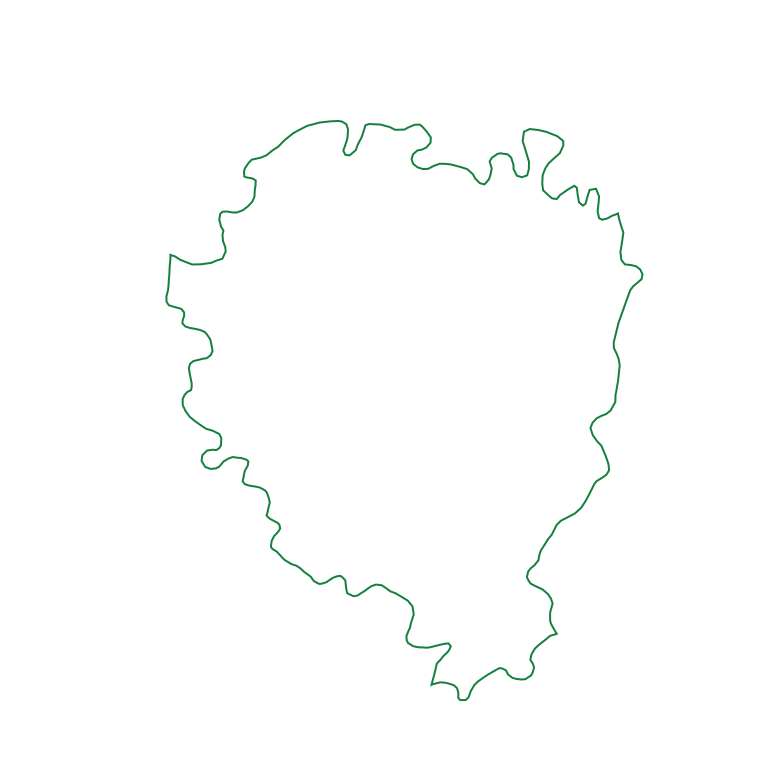 the district of Dzyarzhynsk, Minsk, Belarus, rotated 195°
{"feature_id": "67162791B81421428715601", "entity_name": "Dzyarzhynsk", "entity_type": "district", "adm_level": 2, "iso_a3": "BLR", "parent_name": "Belarus", "parent_adm1": "Minsk", "projection": "albers", "projection_center": [27.165, 53.703], "detail": "fine", "context": "isolated", "style": "outline", "palette": "green", "viewbox_px": 768, "rotation_deg": 195, "n_neighbors": 0, "source": "geoboundaries", "source_scale": "gbopen_adm2", "svg_char_len": 5120}
<svg xmlns="http://www.w3.org/2000/svg" viewBox="0 0 768 768"><g transform="rotate(195 384 384)"><path d="M623.8,453.4L622.8,450.2L622.0,445.3L621.2,440.9L619.6,433.8L618.8,429.0L618.0,425.4L616.9,418.7L616.8,412.1L615.4,407.3L612.3,404.4L607.7,404.2L603.1,404.2L599.3,404.1L595.7,401.5L594.6,398.0L595.0,393.9L594.5,390.5L591.0,388.2L586.1,387.9L580.6,388.4L575.5,388.6L570.4,387.8L567.3,385.6L563.2,381.9L560.4,376.3L558.2,371.7L558.7,367.4L561.8,363.1L565.9,361.3L569.8,359.1L574.1,356.8L576.4,353.4L576.7,349.1L574.1,343.2L572.6,340.2L569.9,334.8L568.9,330.9L568.9,328.1L572.0,325.3L573.8,321.8L574.6,317.1L572.8,311.3L568.8,306.6L563.4,302.2L557.5,299.4L547.8,295.8L544.2,294.7L537.4,294.5L530.2,293.1L527.1,289.5L525.6,282.6L526.4,279.6L528.8,276.8L532.4,276.2L537.7,273.9L541.0,268.3L540.3,262.4L535.2,257.6L529.6,257.1L524.4,259.0L521.7,261.6L519.0,267.5L515.4,271.3L511.3,274.3L506.2,274.9L502.6,275.6L497.3,275.3L495.0,274.1L494.5,269.9L496.0,263.8L495.6,257.6L495.3,253.3L492.3,251.2L486.9,251.0L481.4,251.7L476.8,251.8L471.3,250.4L469.0,248.7L465.6,243.8L463.6,239.9L463.6,236.1L463.3,228.7L463.4,226.5L460.3,224.7L459.0,224.2L451.1,222.4L448.7,221.1L446.9,217.5L447.8,214.2L450.8,208.6L451.9,203.4L451.1,197.5L449.1,195.8L444.4,194.4L439.8,191.6L437.6,190.1L434.4,188.3L426.5,186.0L421.9,185.9L416.8,184.2L412.4,181.8L405.0,179.0L400.8,175.5L395.2,174.1L392.6,174.9L388.3,177.7L386.0,180.5L383.1,183.6L379.8,186.0L376.5,187.4L374.1,186.5L370.6,184.4L369.3,181.1L367.8,177.2L365.4,172.4L358.5,171.1L354.9,172.8L352.1,175.9L348.7,179.5L346.9,181.9L343.9,185.4L339.8,188.2L334.1,189.0L329.0,187.3L324.3,185.4L319.0,184.9L314.1,183.6L304.8,180.8L298.9,176.5L295.6,169.1L295.9,163.9L296.1,159.3L295.8,155.5L296.4,152.3L297.1,146.5L295.8,142.4L293.8,140.1L288.1,138.3L282.5,138.6L277.5,139.8L275.3,140.1L271.7,141.4L267.6,143.7L263.2,146.1L258.0,148.9L254.5,150.1L251.6,147.9L252.1,144.5L253.2,141.5L256.5,136.1L257.8,132.7L260.6,127.8L260.2,115.4L260.3,110.9L260.2,105.9L259.9,106.2L252.5,110.4L246.9,111.4L244.5,111.4L238.5,111.1L234.6,109.0L232.2,104.7L231.1,100.2L228.7,98.4L223.4,99.8L221.3,103.0L220.6,110.3L218.8,116.6L216.3,120.9L211.4,126.8L207.9,130.7L203.7,134.9L199.1,139.4L195.9,139.8L192.1,139.0L188.9,135.5L184.0,133.4L179.8,133.4L174.9,134.1L171.0,135.5L166.4,140.7L165.7,144.2L165.7,149.1L167.8,152.3L171.3,155.5L171.6,160.8L169.8,167.4L167.4,171.3L161.7,179.0L158.5,183.6L152.5,187.4L157.2,192.0L160.8,195.8L162.4,198.7L164.4,206.4L164.3,215.6L167.3,220.1L171.3,223.5L177.4,226.5L183.2,227.6L186.1,228.1L190.9,229.2L193.8,231.9L196.0,234.4L196.2,240.3L194.4,244.3L191.7,247.9L189.2,253.8L189.7,259.0L189.4,263.7L187.4,270.0L185.3,276.8L183.0,281.7L181.9,287.1L180.8,292.5L177.6,297.9L173.3,301.7L166.0,308.5L161.5,315.5L158.8,323.8L156.9,332.1L154.9,342.0L153.5,345.2L149.9,349.0L145.8,353.7L144.2,358.9L146.6,365.0L151.4,372.1L158.1,380.7L163.3,383.8L169.1,388.6L173.2,394.9L172.5,400.6L169.8,405.8L166.1,409.2L161.4,412.7L158.2,417.3L155.9,426.5L157.5,433.1L157.9,438.7L158.8,448.2L160.1,456.4L161.2,463.2L163.9,469.0L166.8,473.1L171.3,478.3L172.9,483.8L173.3,503.5L171.4,527.2L170.4,538.5L168.4,543.3L165.9,546.7L162.4,551.9L162.7,556.9L166.3,561.0L171.0,563.0L176.2,562.8L182.3,561.9L186.9,565.3L189.8,572.6L190.9,583.5L192.0,592.3L194.9,596.6L199.0,603.2L202.2,609.3L203.7,608.0L207.5,605.3L211.0,601.8L215.9,599.1L219.2,599.9L222.4,606.2L223.5,613.8L224.8,620.8L229.7,627.4L235.6,624.7L235.9,619.2L236.0,610.3L238.1,607.8L242.7,610.0L246.0,617.1L248.4,623.3L251.4,624.7L256.6,619.6L262.8,612.2L265.0,607.4L269.6,606.8L273.7,608.7L280.5,612.3L282.9,618.2L284.8,626.7L284.0,634.0L282.3,639.4L279.1,644.6L273.9,652.4L272.5,660.9L273.9,665.2L280.6,668.2L292.3,669.6L300.5,669.3L309.2,668.0L314.1,663.9L313.0,654.7L308.7,647.9L304.3,640.8L301.3,635.9L299.7,628.9L299.7,622.6L304.3,619.4L309.5,619.6L314.6,625.3L315.5,628.9L319.8,635.7L323.9,637.8L331.2,637.0L333.9,635.7L338.3,630.5L339.6,626.4L335.8,620.2L335.3,614.2L335.6,608.8L338.6,602.8L343.4,602.8L349.1,606.1L352.4,609.6L359.2,613.1L365.4,613.4L376.0,613.4L381.4,612.6L387.1,611.2L392.6,607.4L397.2,603.1L402.3,601.7L407.8,602.0L412.9,604.2L415.6,608.5L415.4,613.4L412.1,618.3L408.0,620.2L404.2,623.5L401.5,629.2L402.6,634.3L407.5,638.4L413.5,642.5L416.5,643.8L421.4,642.4L427.3,637.8L430.0,635.1L439.0,632.4L445.2,633.7L454.8,633.7L460.7,632.3L465.6,631.3L468.9,629.1L469.1,623.1L469.4,617.1L471.3,608.2L471.8,602.5L476.4,595.9L480.7,595.4L483.7,598.9L483.2,605.2L482.9,611.7L484.6,620.6L487.6,625.2L492.5,626.6L496.0,626.3L503.9,623.8L513.6,620.0L525.0,613.5L532.3,606.9L536.7,602.6L543.1,593.9L547.7,585.7L552.3,580.6L556.6,574.6L561.5,570.8L569.9,566.4L572.1,562.3L574.2,556.3L574.2,553.1L572.6,548.2L570.7,548.0L567.7,548.2L564.2,548.5L560.6,547.4L559.5,542.6L559.0,538.0L557.6,531.2L558.4,526.0L561.3,520.6L565.4,515.2L570.5,511.6L574.6,510.5L580.3,510.0L584.6,508.6L586.2,505.9L585.7,500.2L582.1,493.7L578.8,490.7L578.6,486.1L576.4,480.2L572.8,475.3L571.2,471.0L572.5,463.2L577.7,459.9L582.2,456.3L591.7,452.3L600.1,449.8L607.9,450.6L613.3,451.3L619.0,453.2L623.8,453.4Z" fill="none" stroke="#15803d" stroke-width="2"/></g></svg>